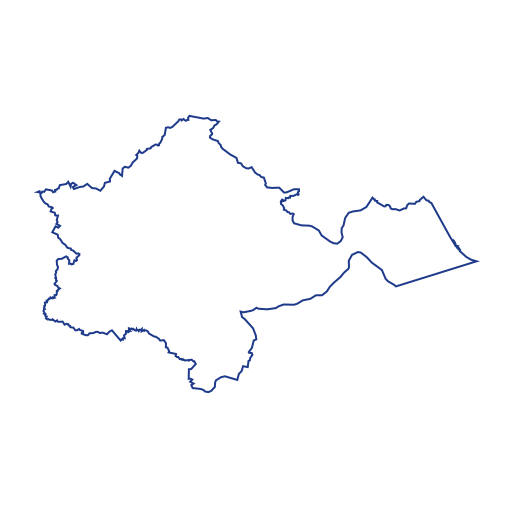 outline of Arboletes, Antioquia, Colombia, rotated 92°
{"feature_id": "7082276B51622711378413", "entity_name": "Arboletes", "entity_type": "district", "adm_level": 2, "iso_a3": "COL", "parent_name": "Colombia", "parent_adm1": "Antioquia", "projection": "natural_earth1", "projection_center": [-76.373, 8.653], "detail": "fine", "context": "isolated", "style": "outline", "palette": "blue", "viewbox_px": 512, "rotation_deg": 92, "n_neighbors": 0, "source": "geoboundaries", "source_scale": "gbopen_adm2", "svg_char_len": 6108}
<svg xmlns="http://www.w3.org/2000/svg" viewBox="0 0 512 512"><g transform="rotate(92 256 256)"><path d="M123.0,297.8L122.9,299.4L121.5,301.0L121.9,305.5L119.8,309.0L120.5,313.2L118.3,327.4L120.4,328.7L122.3,328.4L122.2,329.4L123.2,330.3L123.0,331.6L121.6,333.2L123.1,335.1L122.2,335.6L122.2,337.4L124.1,338.4L129.9,344.1L131.0,346.4L130.4,348.2L131.0,350.5L138.3,351.5L140.3,353.8L142.1,353.8L146.0,355.5L147.1,356.7L148.7,356.8L149.0,357.9L148.2,358.9L148.1,360.3L150.7,364.4L152.1,365.1L152.8,368.8L153.9,368.9L156.9,372.7L156.9,374.5L154.8,376.3L157.1,377.2L159.2,379.2L159.9,378.2L162.6,378.2L166.8,382.5L170.2,384.2L172.2,386.6L171.4,390.2L173.2,392.3L180.6,392.7L179.2,394.9L178.1,395.4L175.9,400.4L183.9,404.8L186.6,404.5L188.2,409.6L191.7,410.3L196.2,413.8L194.1,418.3L193.8,422.3L189.8,427.2L192.6,431.0L193.2,434.6L195.4,440.3L193.5,441.5L191.4,438.0L189.2,441.3L190.3,443.3L193.1,443.8L188.4,446.2L190.7,448.2L192.0,454.5L195.3,455.5L195.6,456.8L196.6,457.3L197.0,459.2L198.6,458.8L199.4,461.0L197.7,462.2L196.7,468.2L199.2,469.9L199.1,471.8L200.4,472.4L199.7,474.3L198.8,474.6L199.7,476.6L200.0,473.9L204.1,473.3L209.2,470.0L210.8,468.3L211.6,466.1L213.7,464.9L214.5,461.4L215.1,460.8L216.4,462.2L218.6,462.8L219.8,458.6L222.4,458.1L222.5,455.3L227.1,456.4L229.1,455.5L230.9,456.6L232.7,452.9L234.6,454.5L233.4,457.4L239.4,460.4L241.6,454.9L244.7,454.3L245.8,452.4L249.7,449.8L251.5,446.9L254.3,444.9L255.1,441.3L256.2,441.1L257.1,438.7L260.0,435.5L259.6,433.8L260.1,432.6L261.3,432.6L264.2,435.5L266.4,434.7L267.3,435.8L266.6,437.3L270.3,438.3L270.8,440.1L270.2,440.6L270.3,442.6L266.9,442.4L265.1,444.1L264.1,444.0L263.0,445.7L265.6,450.1L265.9,453.4L267.6,455.0L271.6,454.6L273.8,453.5L276.5,454.0L278.0,455.5L279.7,455.2L281.6,456.0L284.3,455.2L285.0,455.8L285.7,454.9L287.1,455.0L287.9,454.2L290.9,456.4L291.8,455.9L293.0,453.3L294.6,452.5L295.3,450.9L297.6,453.6L298.0,453.2L298.5,453.8L301.4,453.9L302.1,454.3L302.1,455.9L304.2,455.9L304.5,457.0L304.9,456.2L305.4,457.6L304.5,458.0L305.4,459.4L304.8,460.0L305.5,460.2L305.8,461.5L306.5,461.4L307.2,462.7L308.6,463.0L308.4,463.6L309.6,463.4L309.9,465.3L312.6,465.0L313.3,465.8L313.9,465.4L315.2,466.1L316.4,465.2L316.8,466.1L318.6,466.4L320.7,465.0L321.0,465.5L321.5,464.4L322.0,464.9L323.5,464.2L323.8,463.0L325.6,463.8L326.7,462.1L326.3,461.4L326.9,460.2L327.0,457.4L326.4,457.0L328.5,454.3L327.3,452.6L328.3,452.1L328.7,450.6L328.3,447.0L331.3,444.9L330.3,442.8L330.7,441.2L331.8,441.0L332.4,439.3L333.6,439.1L334.0,436.0L336.6,433.9L336.4,432.1L335.1,430.3L336.1,429.4L337.0,426.2L338.3,426.1L338.9,427.4L339.6,427.5L341.0,423.7L341.1,421.3L339.1,419.7L338.7,415.9L337.3,413.1L337.5,411.0L338.5,409.2L337.9,406.7L339.4,402.2L336.7,399.8L335.3,397.4L345.2,388.3L343.9,387.5L344.3,386.1L342.7,385.9L342.8,384.4L339.9,385.1L338.1,383.1L335.8,383.3L336.7,380.0L335.5,381.3L335.4,379.3L334.3,380.4L332.7,380.5L333.4,378.2L332.9,377.7L333.7,376.8L333.1,376.1L334.6,374.3L334.7,373.2L333.3,372.8L334.4,372.3L334.1,371.2L335.1,370.5L333.7,369.7L333.9,368.5L333.0,367.6L335.3,367.7L333.8,365.3L334.6,365.0L334.1,364.3L334.4,362.7L335.3,361.3L337.1,360.4L340.1,354.9L340.1,353.4L342.2,350.1L343.9,348.8L343.3,345.1L346.4,342.9L350.4,342.9L350.7,341.3L354.1,339.5L355.4,340.0L356.7,332.5L358.8,332.9L359.7,331.4L359.6,330.2L361.6,328.7L361.5,327.3L362.0,327.0L361.6,326.5L362.4,325.4L361.9,324.9L362.9,323.5L362.4,320.0L362.9,319.5L362.2,318.8L361.9,316.7L363.6,314.7L363.4,314.0L366.0,312.4L371.3,316.9L371.5,319.1L381.1,319.0L380.9,317.4L381.7,315.4L383.9,317.4L385.7,313.9L387.3,316.2L390.2,314.7L390.8,306.5L391.9,303.5L393.2,302.2L393.7,298.9L392.4,296.1L388.4,292.6L383.7,292.4L381.6,291.6L378.4,286.8L377.3,282.9L380.5,270.4L374.4,269.0L371.6,266.4L366.6,265.1L367.3,260.4L361.1,259.8L360.5,258.5L358.3,258.3L354.8,256.1L353.1,256.9L353.0,259.5L352.3,259.9L348.0,256.9L340.5,255.3L339.3,252.8L335.5,253.4L328.4,256.4L319.5,265.0L317.5,267.8L312.1,269.4L312.7,266.5L311.1,259.6L310.2,257.0L307.7,253.7L308.6,251.7L308.9,243.0L307.4,234.4L305.4,231.5L303.5,226.6L303.4,216.3L302.3,213.2L298.7,207.7L296.9,200.2L293.2,194.8L292.9,188.6L289.0,184.0L284.3,181.2L280.1,177.4L274.0,170.8L269.5,167.4L265.6,163.2L263.8,162.7L257.5,163.1L251.5,160.1L248.5,154.3L248.9,151.4L253.3,145.3L258.6,140.0L265.6,129.7L274.4,125.6L276.7,123.1L280.0,116.9L281.5,115.1L253.6,35.4L252.3,40.6L249.6,45.8L243.7,52.8L242.6,53.0L242.5,52.5L241.8,53.0L242.3,53.3L241.9,54.1L241.1,54.0L241.2,53.5L240.5,54.0L241.1,54.3L240.7,55.4L239.8,55.4L239.8,54.6L239.1,55.2L239.6,56.1L239.2,56.6L238.9,56.0L238.8,56.9L237.9,56.9L238.0,57.4L236.4,58.5L236.2,57.5L235.4,57.9L235.9,58.7L235.0,59.4L234.7,58.3L234.0,58.8L234.6,59.0L234.4,59.8L233.8,60.1L233.5,59.2L233.6,60.4L229.7,63.0L196.9,82.6L196.0,84.7L194.7,85.4L194.4,87.6L191.0,90.7L194.0,94.0L195.4,94.6L196.3,97.7L198.3,99.0L198.2,104.9L199.9,106.6L203.1,107.6L203.4,110.0L205.5,114.0L204.3,118.1L204.5,121.3L203.8,123.0L201.7,123.8L200.4,125.3L200.3,127.5L201.8,128.3L202.0,129.6L198.2,136.8L196.8,136.8L196.6,138.9L195.2,139.4L195.3,140.0L193.6,141.6L203.2,147.4L206.8,153.2L208.1,160.7L209.6,164.9L214.9,168.2L222.4,169.6L225.2,171.3L229.3,171.4L234.3,170.0L238.1,171.8L240.8,175.2L240.6,178.7L239.1,182.2L233.2,191.1L228.3,194.1L224.5,200.9L223.8,203.8L223.8,211.6L222.0,219.1L219.2,220.7L215.8,220.8L212.8,219.8L212.3,220.7L212.7,223.2L211.2,224.4L211.0,226.0L209.5,227.3L208.7,229.8L207.3,229.5L204.8,230.8L203.1,232.8L200.6,233.1L198.7,231.8L199.0,231.2L200.5,231.8L199.4,228.5L196.9,228.2L197.1,225.8L196.4,225.2L196.5,224.0L194.7,223.8L194.6,220.4L192.9,217.6L193.5,216.1L192.9,215.6L190.9,216.4L189.7,215.3L187.8,215.4L188.0,220.5L191.2,227.3L191.7,230.1L186.9,235.2L187.4,242.3L187.1,247.3L184.6,249.3L183.1,248.7L177.3,250.9L176.9,253.5L174.9,255.4L174.6,257.0L172.7,259.8L167.4,263.5L168.8,266.5L168.6,268.9L166.9,272.1L163.9,274.3L163.5,277.3L158.6,279.0L155.5,285.2L150.0,293.1L148.0,294.8L146.5,295.1L144.1,297.5L142.5,298.0L141.0,303.2L139.3,306.2L137.7,306.1L135.9,304.2L135.1,304.1L131.6,306.1L129.6,303.3L126.9,302.0L125.8,300.0L123.0,297.8Z" fill="none" stroke="#1e3a8a" stroke-width="2"/></g></svg>